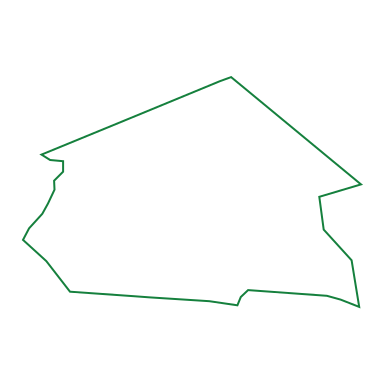 outline of Mar Vermelho, Alagoas, Brazil
{"feature_id": "56859067B23677371682445", "entity_name": "Mar Vermelho", "entity_type": "district", "adm_level": 2, "iso_a3": "BRA", "parent_name": "Brazil", "parent_adm1": "Alagoas", "projection": "orthographic", "projection_center": [-36.41, -9.467], "detail": "fine", "context": "isolated", "style": "outline", "palette": "green", "viewbox_px": 384, "rotation_deg": 0, "n_neighbors": 0, "source": "geoboundaries", "source_scale": "gbopen_adm2", "svg_char_len": 461}
<svg xmlns="http://www.w3.org/2000/svg" viewBox="0 0 384 384"><path d="M359.2,306.9L351.6,260.3L323.7,229.6L319.3,196.8L361.0,184.4L231.1,77.1L219.6,81.3L126.5,119.7L41.5,154.6L50.1,160.0L63.1,161.2L63.1,171.7L54.1,180.7L54.5,189.7L48.0,203.5L42.3,213.8L29.1,228.3L23.0,239.9L46.3,261.1L70.0,291.7L133.8,296.2L150.1,297.4L209.4,301.2L237.4,305.3L240.8,297.0L248.1,290.1L326.9,295.8L340.6,299.6L359.2,306.9Z" fill="none" stroke="#15803d" stroke-width="2"/></svg>